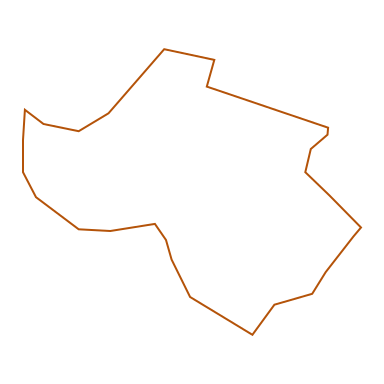 the district of Songpa-gu, Seoul, South Korea
{"feature_id": "91817680B10131618900015", "entity_name": "Songpa-gu", "entity_type": "district", "adm_level": 2, "iso_a3": "KOR", "parent_name": "South Korea", "parent_adm1": "Seoul", "projection": "robinson", "projection_center": [127.12, 37.494], "detail": "fine", "context": "isolated", "style": "outline", "palette": "amber", "viewbox_px": 384, "rotation_deg": 0, "n_neighbors": 0, "source": "geoboundaries", "source_scale": "gbopen_adm2", "svg_char_len": 453}
<svg xmlns="http://www.w3.org/2000/svg" viewBox="0 0 384 384"><path d="M328.1,127.7L206.8,86.6L214.3,59.9L164.2,49.2L108.5,113.3L78.7,131.2L43.5,124.0L24.9,109.8L23.0,140.1L23.0,172.2L36.0,197.2L78.7,229.3L110.3,231.0L154.9,223.9L166.0,240.0L171.6,259.6L190.1,297.0L252.4,334.8L274.4,304.7L312.2,293.8L325.7,272.1L353.5,236.4L361.0,227.5L329.4,195.4L305.3,172.2L310.8,149.0L327.5,134.7L328.1,127.7Z" fill="none" stroke="#b45309" stroke-width="2"/></svg>